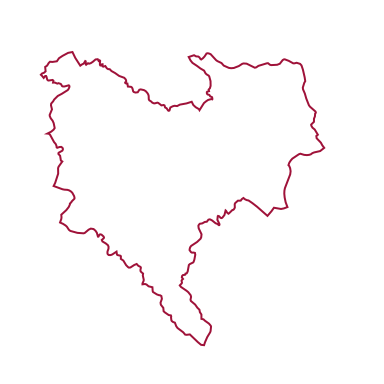 the district of Yen Bai, Yên Bái, Vietnam, rotated 173°
{"feature_id": "81297802B89523168412992", "entity_name": "Yen Bai", "entity_type": "district", "adm_level": 2, "iso_a3": "VNM", "parent_name": "Vietnam", "parent_adm1": "Yên Bái", "projection": "mercator", "projection_center": [104.898, 21.722], "detail": "fine", "context": "isolated", "style": "outline", "palette": "rose", "viewbox_px": 384, "rotation_deg": 173, "n_neighbors": 0, "source": "geoboundaries", "source_scale": "gbopen_adm2", "svg_char_len": 6055}
<svg xmlns="http://www.w3.org/2000/svg" viewBox="0 0 384 384"><g transform="rotate(173 192 192)"><path d="M327.7,326.8L326.8,325.7L325.3,323.3L323.6,325.0L322.7,324.9L322.4,324.2L322.0,321.2L321.3,320.3L320.8,320.1L316.7,320.2L316.0,319.4L316.6,317.5L314.7,317.3L312.5,316.0L311.3,316.3L309.4,315.4L308.9,315.0L308.0,312.9L307.3,312.5L305.6,312.3L301.3,312.9L300.8,312.2L300.8,311.3L301.8,309.5L302.9,308.3L309.3,305.3L313.5,303.7L317.5,300.6L318.8,298.9L321.0,296.9L321.4,295.2L320.9,291.1L323.9,285.8L323.9,284.6L323.2,282.3L321.7,279.8L320.9,277.2L320.5,272.2L321.8,270.7L324.5,269.0L328.4,267.6L327.0,267.3L325.9,266.1L322.8,258.3L321.5,256.4L320.9,254.4L320.9,252.8L320.4,252.3L318.0,252.8L316.3,252.7L315.2,251.7L314.9,250.7L315.0,249.8L315.7,248.8L319.6,247.2L319.9,246.6L319.9,245.9L318.5,244.1L318.3,239.2L317.0,238.1L321.3,233.4L322.0,232.0L322.6,226.5L326.7,217.7L328.6,214.8L320.2,210.5L318.4,209.9L315.3,209.3L313.6,208.5L312.0,207.2L310.9,205.8L309.5,202.3L309.3,200.3L309.6,199.6L312.8,197.1L313.0,196.5L314.6,195.4L314.7,194.5L316.2,192.1L319.0,189.3L324.5,185.4L324.6,182.8L325.0,181.2L326.7,177.8L323.9,176.1L321.5,174.1L320.4,172.8L318.8,169.5L317.5,168.2L310.7,165.4L304.6,164.2L303.5,164.4L299.2,167.2L296.9,168.0L294.2,167.2L292.5,165.3L291.4,163.1L290.8,159.2L290.3,159.1L289.2,160.7L288.4,161.2L287.0,160.7L285.2,158.6L284.9,157.6L285.2,156.9L287.4,155.4L286.9,153.8L283.9,151.5L281.9,149.4L281.5,147.9L281.8,145.9L283.1,143.3L283.4,141.7L283.2,140.5L282.3,139.6L280.5,139.3L278.8,139.7L274.2,142.0L274.1,139.0L273.6,138.5L270.9,137.5L270.4,136.9L270.8,134.3L268.5,132.3L266.3,127.4L264.5,125.1L263.8,124.6L262.3,124.6L258.2,126.6L255.7,127.3L254.3,125.3L252.5,124.1L252.0,123.5L252.0,122.9L252.7,120.9L252.7,119.7L252.2,118.8L250.5,117.0L251.0,115.1L250.6,110.9L250.8,109.8L252.3,107.3L252.4,106.4L249.8,106.4L248.4,105.7L246.6,103.7L242.9,102.3L243.1,98.4L242.9,97.5L239.3,94.6L237.3,93.6L236.3,93.4L235.1,92.5L234.9,89.6L236.7,86.0L236.7,84.4L236.5,83.6L234.6,80.5L234.7,77.1L233.7,75.9L230.1,72.7L228.0,72.1L227.8,71.1L228.1,70.0L228.1,67.2L227.8,66.4L226.7,65.3L224.9,64.4L224.0,60.7L222.9,58.7L217.8,53.8L216.2,51.3L214.8,50.9L211.5,50.9L204.5,42.3L201.6,39.2L198.7,38.5L197.4,41.3L194.5,46.2L191.1,50.5L190.5,51.7L189.5,56.1L189.7,57.0L191.2,59.3L194.9,62.7L196.1,64.2L198.1,64.9L197.6,69.3L198.8,71.7L199.0,74.3L200.8,76.5L202.6,79.9L206.4,84.0L206.6,85.3L205.7,88.0L205.9,89.7L207.9,93.0L209.3,94.5L214.6,99.2L215.5,100.8L213.3,102.6L213.0,103.3L213.2,105.2L212.6,106.0L211.5,106.8L212.5,108.5L212.1,109.8L211.2,110.6L209.0,110.7L208.6,111.0L208.4,111.8L207.1,112.0L206.0,113.6L204.0,119.9L203.0,120.7L199.5,121.9L198.9,122.5L197.9,124.6L196.4,129.3L196.5,131.2L197.8,131.7L199.4,131.8L200.3,132.4L201.5,134.6L201.3,135.6L200.6,137.3L199.4,138.6L193.0,141.8L189.2,144.6L188.4,145.9L187.7,148.9L189.8,155.2L189.8,157.7L189.2,158.6L188.2,159.5L185.6,159.6L183.0,160.7L180.9,160.7L179.1,162.5L178.0,162.7L177.2,162.5L175.5,161.3L172.4,158.1L171.0,157.4L169.3,155.8L169.0,155.8L168.7,156.2L168.7,157.0L170.2,161.3L169.4,164.8L169.1,165.1L168.0,164.6L166.9,163.0L166.3,162.6L165.7,162.5L164.8,163.0L162.6,165.2L160.9,169.6L160.5,169.2L159.7,167.3L158.5,166.0L157.9,166.3L154.1,169.2L153.1,169.3L152.2,170.1L151.4,171.3L151.1,174.7L150.5,175.7L147.5,177.8L144.7,177.5L143.5,178.8L141.7,179.8L140.4,178.4L138.7,177.3L136.9,176.7L133.4,173.6L129.1,169.3L120.0,159.1L115.4,163.3L112.6,166.4L105.7,164.3L102.9,164.5L99.1,165.4L100.3,170.4L100.7,175.2L100.6,179.1L100.1,182.1L99.3,184.5L92.4,197.5L91.6,200.6L91.7,203.7L92.3,205.9L93.0,206.9L91.8,209.3L90.0,211.4L88.3,212.9L81.4,216.4L79.8,216.8L76.2,215.2L73.4,214.6L71.2,214.6L69.5,214.9L67.8,215.9L65.9,216.4L59.8,217.0L55.4,219.7L57.0,222.5L58.1,225.3L61.7,230.1L61.8,232.4L60.1,233.5L62.6,239.1L64.6,241.2L65.5,243.3L65.5,244.4L62.4,246.8L62.0,249.9L60.8,252.0L60.2,254.9L59.5,255.5L59.4,256.0L59.7,256.9L64.5,262.3L65.4,263.9L67.2,270.9L68.0,276.0L69.3,280.4L69.3,282.1L67.3,286.6L66.1,288.2L66.2,292.1L67.0,299.9L67.9,304.3L69.1,306.0L72.4,307.5L74.7,307.2L75.9,307.4L80.0,310.4L83.8,312.4L84.7,312.4L85.9,311.9L89.2,308.6L92.0,307.9L98.0,308.3L99.1,308.8L100.9,310.6L102.1,310.6L110.7,309.1L113.0,307.9L114.5,307.7L122.1,312.7L125.1,313.3L126.5,313.1L130.2,311.3L133.4,310.5L135.3,310.0L138.1,310.1L140.3,310.7L145.1,313.6L147.0,316.4L150.8,318.8L152.0,319.9L156.7,326.5L158.3,327.4L159.5,327.8L160.7,327.7L163.0,325.0L164.9,323.4L166.7,322.4L167.3,322.8L168.3,324.8L169.3,325.7L171.4,326.1L173.3,327.5L178.8,326.4L177.4,322.7L175.8,320.1L171.5,316.4L168.6,313.6L165.2,311.0L164.1,308.1L163.1,306.9L161.3,305.5L160.8,304.6L160.1,299.8L160.6,295.1L161.6,292.8L163.0,291.6L162.8,290.0L164.7,289.7L165.1,289.3L165.2,288.5L165.2,287.8L164.6,286.9L163.5,286.5L162.8,286.0L162.3,284.8L160.5,283.6L160.4,281.8L160.6,281.5L161.4,281.9L164.8,281.4L166.8,280.4L169.3,278.8L174.6,272.3L175.0,273.4L178.0,275.7L180.1,278.2L181.3,281.6L186.6,280.6L193.4,280.2L196.3,279.1L198.8,279.7L200.8,279.4L203.2,278.5L204.4,275.7L205.1,275.4L205.8,275.8L207.0,278.2L208.4,279.2L208.7,281.2L209.5,281.8L211.8,281.7L214.6,284.5L215.5,284.9L218.2,284.5L219.4,284.8L220.7,285.7L221.4,286.7L223.2,288.2L223.6,289.3L223.3,292.7L223.6,294.3L224.3,295.8L225.7,297.8L227.3,299.0L230.4,300.1L231.8,299.9L233.7,297.6L236.0,297.6L237.5,298.3L238.1,299.0L238.5,302.1L239.0,303.2L239.7,303.8L242.8,304.5L242.9,307.5L244.0,307.6L245.0,308.4L245.0,308.9L243.9,309.5L243.8,310.4L244.0,311.7L245.3,313.6L250.2,316.1L253.8,319.4L257.2,321.9L258.7,323.9L260.3,324.2L261.5,325.2L262.7,327.6L264.7,327.2L265.3,327.5L265.2,329.7L266.0,329.7L267.0,328.6L267.7,328.9L267.9,330.1L267.2,333.4L267.5,333.8L268.0,333.2L268.6,333.2L269.4,335.3L271.6,335.3L274.6,333.3L276.8,332.2L278.6,331.9L279.5,332.5L281.6,331.2L281.8,331.5L281.6,334.7L282.0,335.0L283.9,332.6L285.3,332.2L287.5,331.0L291.5,339.3L293.6,345.5L298.0,345.2L303.9,342.9L307.7,341.0L310.2,338.2L314.7,338.1L317.1,338.6L318.5,337.5L320.4,335.1L322.5,334.0L322.6,329.6L324.3,328.4L326.4,327.9L327.7,326.8Z" fill="none" stroke="#9f1239" stroke-width="2"/></g></svg>